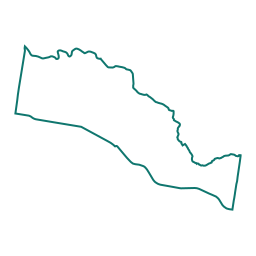 Stonnington, Victoria, Australia
{"feature_id": "25037944B5658593283329", "entity_name": "Stonnington", "entity_type": "district", "adm_level": 2, "iso_a3": "AUS", "parent_name": "Australia", "parent_adm1": "Victoria", "projection": "natural_earth1", "projection_center": [145.04, -37.861], "detail": "fine", "context": "isolated", "style": "outline", "palette": "teal", "viewbox_px": 256, "rotation_deg": 0, "n_neighbors": 0, "source": "geoboundaries", "source_scale": "gbopen_adm2", "svg_char_len": 5703}
<svg xmlns="http://www.w3.org/2000/svg" viewBox="0 0 256 256"><path d="M100.8,58.9L100.7,59.0L100.4,58.9L98.6,58.6L97.9,58.4L97.3,58.1L96.8,57.7L96.5,57.0L96.3,56.4L96.0,55.0L95.7,54.3L94.8,53.4L93.3,52.7L92.7,52.5L90.9,51.8L90.1,51.6L89.5,51.5L89.0,51.5L88.3,51.6L87.8,51.8L85.6,52.9L85.1,53.1L84.7,53.2L84.3,53.1L83.7,52.5L82.3,51.7L81.2,50.8L79.3,49.6L78.7,49.3L77.7,48.9L77.1,48.7L76.6,48.6L76.2,48.7L75.8,48.7L75.3,48.9L74.6,49.3L72.7,50.7L72.3,51.1L72.0,51.7L71.9,52.3L71.6,54.2L71.5,54.7L71.2,55.3L70.3,56.2L69.9,56.4L69.6,56.5L69.2,56.4L68.8,56.2L68.5,55.9L68.2,55.5L67.5,53.9L67.2,53.5L66.8,53.0L65.8,52.2L65.2,52.0L64.7,51.8L63.9,51.6L62.9,51.3L61.8,50.8L61.2,50.6L60.6,50.4L60.0,50.4L59.4,50.4L58.9,50.5L58.4,50.8L58.0,51.1L57.8,51.4L57.7,51.9L57.9,52.8L58.5,55.1L58.7,56.0L58.7,56.9L58.7,57.5L58.5,58.1L58.3,58.4L57.9,58.7L57.5,58.9L56.8,59.0L56.1,58.8L55.5,58.0L55.1,57.6L54.2,57.1L53.0,56.6L52.0,56.3L51.3,56.3L50.6,56.4L49.7,56.9L48.9,57.2L48.2,57.4L45.7,57.9L44.4,58.2L43.5,58.4L43.0,58.4L42.5,58.4L41.7,58.2L40.7,57.7L38.2,56.6L35.9,56.0L33.5,55.8L32.6,55.7L32.0,55.5L31.5,55.2L31.1,54.8L30.4,53.9L30.2,53.5L29.9,52.9L29.5,52.1L28.4,50.4L26.3,47.8L25.8,47.3L24.9,46.4L24.7,47.6L24.6,48.2L24.7,48.6L24.7,49.0L24.8,49.5L24.9,50.0L24.9,50.4L24.9,51.0L23.5,59.6L22.0,68.8L18.9,87.8L17.9,94.6L17.2,100.6L15.4,113.5L28.5,115.6L29.0,115.7L29.9,116.1L30.6,116.4L31.2,116.8L32.5,117.8L33.5,118.4L34.4,118.8L34.9,119.0L36.0,119.3L52.7,122.1L81.2,126.8L107.2,140.9L110.6,142.8L112.4,144.1L113.6,145.0L114.8,146.2L114.9,146.3L115.0,146.3L115.3,146.3L115.5,146.3L116.0,146.0L116.3,146.0L116.6,146.0L117.0,146.2L117.3,146.4L125.2,155.8L127.0,157.9L129.8,160.9L131.1,162.2L133.0,163.6L135.3,164.2L139.2,164.7L143.0,166.0L143.9,166.4L145.0,167.2L145.4,167.7L146.1,168.4L146.6,169.1L146.9,169.4L148.6,172.1L153.0,179.5L153.4,180.1L153.9,180.7L154.3,181.2L155.2,182.1L156.1,182.7L157.2,183.4L158.1,183.9L158.9,184.2L159.8,184.5L160.4,184.7L170.0,186.4L179.9,188.2L180.9,188.3L181.8,188.3L194.8,188.0L195.7,188.1L196.8,188.2L197.5,188.4L198.5,188.7L199.1,188.9L209.2,193.6L211.6,194.6L216.1,196.6L216.4,196.9L217.5,197.8L218.4,198.7L219.1,199.6L222.4,205.0L223.9,206.6L226.3,208.3L227.0,208.6L227.8,208.8L229.3,209.2L232.4,209.6L233.8,200.3L234.2,198.3L234.9,193.9L235.0,193.0L236.4,184.0L237.1,181.2L237.6,176.9L238.0,174.2L239.9,161.3L240.0,160.5L240.6,155.8L240.6,155.3L240.4,155.3L240.4,155.2L239.7,155.1L239.2,155.1L239.1,155.3L238.9,155.4L238.8,155.9L238.6,156.0L237.9,156.3L236.5,156.0L235.7,155.8L234.8,155.0L234.3,154.8L234.0,154.7L233.9,154.6L232.5,154.4L232.2,154.3L231.3,154.2L230.9,154.1L230.4,154.3L229.3,155.1L228.3,155.5L225.5,155.7L224.2,156.0L223.6,156.4L223.4,156.6L222.9,156.9L221.9,157.4L221.2,157.9L220.6,158.0L220.2,158.2L219.7,158.4L219.1,158.4L218.6,158.2L217.6,158.0L217.1,158.1L216.1,158.4L215.1,158.7L214.7,158.9L214.3,159.7L213.8,160.2L213.3,160.5L212.9,160.7L212.4,160.8L211.8,161.5L211.8,162.0L211.6,162.5L209.8,163.3L209.1,163.5L208.7,163.7L207.9,164.2L207.1,164.7L206.7,164.9L206.3,165.2L205.4,165.5L205.0,165.7L204.1,165.7L203.6,165.7L202.7,165.4L202.3,165.3L201.5,165.5L201.0,165.5L200.3,165.1L199.9,164.8L199.4,164.7L199.0,164.5L198.8,164.1L198.6,163.8L198.3,163.6L197.2,163.5L196.9,163.7L196.8,163.4L196.6,163.2L196.3,163.1L196.0,163.2L195.8,163.1L195.0,162.8L194.7,162.5L194.3,162.3L193.4,161.9L193.0,161.7L192.6,161.4L192.2,160.6L192.0,159.8L191.9,159.3L191.9,158.9L192.0,158.2L192.1,157.5L192.5,156.5L192.4,155.9L192.1,155.2L191.3,153.9L191.0,153.5L190.8,153.2L190.1,152.5L189.9,152.2L189.7,151.7L189.6,151.4L189.5,151.1L189.1,150.4L188.9,150.0L188.5,149.5L187.8,148.3L187.8,148.0L187.5,147.6L186.8,146.6L186.7,146.2L186.2,145.6L186.1,145.3L185.8,145.0L185.6,144.7L185.4,144.5L185.0,144.0L182.6,145.4L181.9,144.1L181.4,143.5L181.4,143.3L181.5,142.7L181.4,142.5L181.3,142.1L181.1,141.9L180.1,141.6L179.7,141.4L179.4,141.2L179.2,141.0L178.9,140.6L178.6,140.3L178.3,140.0L177.7,139.0L177.7,138.1L177.3,137.3L178.5,134.6L178.5,133.9L178.4,133.4L178.2,133.2L177.6,131.8L177.5,131.5L177.4,130.9L177.8,129.7L177.8,128.5L178.0,127.9L178.7,126.9L178.9,126.8L179.1,126.4L179.3,126.3L179.4,125.9L179.6,125.8L179.9,125.0L179.9,124.3L179.7,123.8L179.5,123.5L178.3,122.6L177.4,122.1L175.9,121.4L175.6,121.2L175.1,120.9L174.9,120.7L174.7,120.6L174.2,120.4L173.9,120.1L173.9,119.2L173.5,118.6L173.2,118.3L173.1,118.2L172.9,117.7L172.8,117.3L172.9,116.9L173.2,116.0L173.4,115.1L173.6,113.8L173.6,113.2L173.6,112.9L173.6,111.9L173.6,111.2L173.1,110.8L172.5,110.8L172.1,110.9L171.7,110.9L170.8,110.5L169.3,110.1L169.0,109.9L168.8,109.5L168.6,108.9L168.5,108.7L168.5,108.4L168.0,107.7L167.6,107.5L167.4,107.3L167.3,107.2L166.1,106.4L165.8,106.2L165.4,105.9L165.1,105.7L164.5,105.3L164.2,105.0L163.4,104.5L163.1,104.4L162.6,104.1L161.2,103.6L160.2,103.4L159.0,103.0L158.3,102.9L157.8,102.6L156.9,102.3L156.1,102.1L155.6,101.9L154.0,100.5L153.5,100.0L153.2,99.6L151.6,98.3L150.3,97.3L149.3,96.6L148.7,96.4L148.1,95.8L148.0,95.6L147.0,94.8L146.6,94.5L146.2,94.6L145.8,94.7L145.1,94.9L144.3,94.9L143.8,94.8L142.2,94.4L141.0,94.0L139.7,93.7L139.0,93.3L138.4,92.9L137.3,91.9L137.0,91.6L136.7,91.1L135.8,90.2L135.6,90.0L134.5,89.0L134.2,88.8L133.2,87.7L133.2,87.2L133.2,85.9L133.2,85.5L133.5,84.0L133.5,83.4L132.8,74.0L132.6,73.4L132.1,72.6L130.7,70.6L130.4,70.4L130.0,70.1L129.8,70.1L129.2,69.9L127.5,69.5L126.9,69.4L126.5,69.3L126.1,69.1L125.3,68.3L124.4,67.8L122.6,67.3L121.8,67.1L121.1,67.0L118.4,66.5L118.0,66.3L117.5,66.3L116.3,66.1L115.6,66.1L115.3,66.3L115.0,66.4L114.2,67.0L113.5,67.3L112.8,67.5L111.6,67.5L108.8,67.4L108.7,67.4L107.9,67.1L107.6,66.9L107.1,66.3L106.2,65.4L105.6,64.7L102.3,60.8L101.6,60.0L101.1,59.4L100.8,58.9Z" fill="none" stroke="#0f766e" stroke-width="2"/></svg>